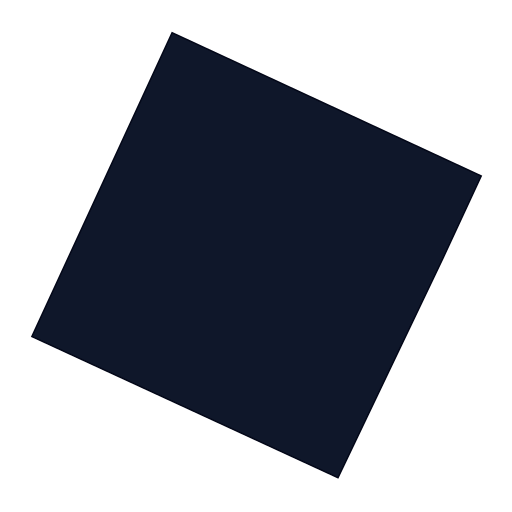 the district of Haskell, Texas, United States of America, rotated 295°
{"feature_id": "52423323B88573225501787", "entity_name": "Haskell", "entity_type": "district", "adm_level": 2, "iso_a3": "USA", "parent_name": "United States of America", "parent_adm1": "Texas", "projection": "mercator", "projection_center": [-99.668, 33.178], "detail": "fine", "context": "isolated", "style": "filled", "palette": "ink", "viewbox_px": 512, "rotation_deg": 295, "n_neighbors": 0, "source": "geoboundaries", "source_scale": "gbopen_adm2", "svg_char_len": 239}
<svg xmlns="http://www.w3.org/2000/svg" viewBox="0 0 512 512"><g transform="rotate(295 256 256)"><path d="M423.7,426.3L422.9,85.6L88.3,86.9L89.7,424.0L332.9,426.4L423.7,426.3Z" fill="#0f172a" stroke="#020617" stroke-width="1.5"/></g></svg>